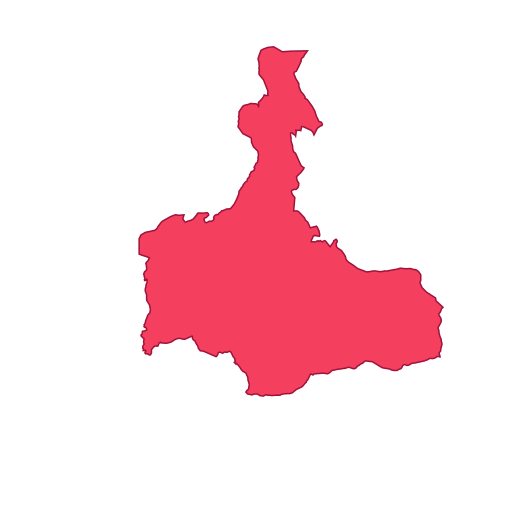 outline of Albac, Alba, Romania, rotated 61°
{"feature_id": "2599482B24206442274336", "entity_name": "Albac", "entity_type": "district", "adm_level": 2, "iso_a3": "ROU", "parent_name": "Romania", "parent_adm1": "Alba", "projection": "mercator", "projection_center": [22.961, 46.463], "detail": "fine", "context": "isolated", "style": "filled", "palette": "rose", "viewbox_px": 512, "rotation_deg": 61, "n_neighbors": 0, "source": "geoboundaries", "source_scale": "gbopen_adm2", "svg_char_len": 6156}
<svg xmlns="http://www.w3.org/2000/svg" viewBox="0 0 512 512"><g transform="rotate(61 256 256)"><path d="M370.1,330.8L372.4,330.4L375.1,327.4L375.6,326.6L375.8,324.7L377.4,321.7L380.1,320.2L382.0,317.6L382.3,314.2L383.4,313.5L384.0,312.2L385.8,309.7L387.3,306.3L389.4,302.6L389.4,300.7L390.4,297.6L391.3,296.1L391.7,294.8L392.5,293.8L393.3,290.6L392.3,285.4L392.7,279.4L392.4,278.0L391.0,274.5L390.8,273.3L389.9,272.5L389.3,270.6L385.8,265.8L385.9,265.1L387.5,264.1L387.7,263.8L387.3,262.3L391.1,253.9L393.6,250.7L393.8,249.6L393.7,247.9L393.0,245.2L394.7,239.4L396.0,236.3L397.0,233.4L397.5,232.5L397.8,230.2L398.7,228.2L401.2,226.1L402.2,224.8L402.5,223.3L401.4,220.0L401.7,219.1L401.1,216.4L401.4,215.9L401.5,214.8L400.8,212.1L400.9,211.0L404.9,205.5L414.7,199.9L415.7,198.9L419.6,193.9L421.2,192.9L423.1,190.7L424.6,187.9L424.3,186.6L424.8,184.0L424.5,183.0L423.0,180.8L422.8,179.5L423.0,178.6L424.8,177.1L425.2,176.3L425.5,175.1L425.5,171.3L426.6,169.0L429.2,160.2L429.5,159.1L429.5,157.9L429.9,156.8L429.8,154.2L430.0,153.3L431.4,151.2L431.8,149.8L432.0,148.3L431.6,146.5L432.3,145.3L433.5,144.0L433.0,143.7L430.2,143.1L429.4,142.6L428.7,140.8L428.1,140.1L427.1,139.7L423.6,136.3L421.8,135.5L420.5,135.3L418.8,134.5L416.1,134.2L412.5,133.4L409.3,132.0L407.1,131.8L403.9,126.7L402.4,125.2L400.1,124.5L396.1,124.6L395.3,124.2L394.3,121.8L392.3,119.6L391.5,117.3L382.4,120.3L379.8,119.3L370.3,124.4L364.2,126.1L358.9,125.6L357.2,123.7L352.3,121.0L348.3,121.4L345.6,122.7L344.0,124.9L341.9,126.9L339.8,131.1L336.6,135.7L336.0,138.6L332.4,149.3L331.3,150.9L330.8,153.0L329.6,155.5L326.9,158.9L325.5,161.6L324.9,164.0L323.5,167.0L316.4,173.1L311.0,175.5L306.2,178.1L304.1,178.7L302.2,178.8L300.0,178.1L297.3,178.1L292.8,178.6L288.2,180.9L286.6,181.0L283.8,179.8L283.2,178.3L282.3,177.8L281.6,177.5L280.1,177.9L280.4,180.7L281.3,181.4L283.8,186.7L276.5,188.0L275.7,188.8L275.6,191.4L273.7,192.3L273.7,194.1L272.8,194.3L272.4,195.5L272.6,196.6L272.4,197.4L270.3,200.7L268.7,199.6L267.9,198.1L266.5,196.6L266.5,195.2L266.3,195.0L269.5,191.0L268.3,189.9L264.5,188.7L260.3,188.4L259.2,188.7L257.6,194.9L251.7,194.3L248.7,195.3L246.0,195.1L238.9,196.9L236.8,197.8L234.8,201.2L223.7,193.7L220.1,194.3L218.9,194.3L216.7,193.8L216.0,192.6L216.2,191.4L216.1,190.3L216.9,189.4L217.2,188.5L216.5,186.0L214.6,184.2L213.2,183.3L209.7,183.4L206.3,182.1L204.7,176.2L203.0,172.3L202.2,171.2L199.6,172.5L197.8,172.7L185.3,171.6L183.3,172.5L180.9,172.2L177.3,170.6L172.1,169.5L169.6,168.0L167.1,167.2L165.4,166.3L165.1,165.8L165.8,164.7L167.1,164.5L169.3,163.2L170.3,163.2L167.0,160.7L165.4,160.2L165.9,159.7L167.0,157.1L168.1,156.1L164.9,153.3L166.1,151.8L172.9,146.8L175.3,146.2L178.2,146.6L174.0,140.3L173.5,136.3L173.9,135.3L173.2,134.2L170.8,133.9L168.9,135.7L163.0,135.4L157.5,134.3L152.4,134.3L144.1,135.3L141.8,136.7L140.8,136.0L138.1,136.1L133.8,137.0L129.2,136.4L127.6,135.9L126.1,135.0L119.6,135.2L117.9,134.8L115.6,134.7L113.8,133.6L113.9,131.1L111.2,127.1L107.4,121.9L106.2,121.5L105.1,119.7L104.9,117.9L103.8,116.4L101.5,111.5L93.6,126.5L90.1,134.0L81.6,139.1L79.3,144.5L78.6,148.7L78.5,151.9L81.8,155.8L84.6,158.7L87.9,159.5L91.1,160.9L93.7,162.7L95.3,163.1L96.2,164.1L98.8,165.3L105.5,164.0L117.5,165.6L119.7,167.0L121.4,167.6L120.6,169.3L119.1,170.7L120.4,172.3L121.9,175.7L122.2,177.2L122.6,177.6L122.6,178.6L123.0,179.5L124.8,180.2L126.2,181.2L123.9,181.4L122.7,182.4L121.0,185.4L120.2,186.1L119.5,190.0L118.5,193.3L118.7,195.1L121.7,201.0L123.8,202.1L126.2,204.0L127.6,204.0L129.8,206.4L131.2,206.6L134.3,209.1L142.7,208.1L150.0,203.2L151.2,203.2L154.4,204.8L159.4,205.3L165.1,203.6L168.8,204.8L171.1,206.8L172.3,207.1L174.9,209.5L175.0,211.1L176.7,213.3L177.1,214.1L177.6,214.7L178.8,214.6L179.1,215.3L179.9,215.8L180.3,217.8L180.0,219.2L182.0,222.4L183.2,222.9L184.5,226.3L186.0,227.3L186.2,229.6L187.4,232.5L188.9,234.3L189.1,235.7L190.0,236.8L191.0,239.3L193.5,241.1L197.1,245.6L200.0,249.8L201.7,253.9L202.2,255.7L200.6,259.0L200.5,261.4L200.3,261.9L200.4,262.4L199.8,264.1L200.5,265.7L200.5,266.8L201.3,269.6L200.6,270.4L200.5,271.7L200.8,273.1L201.7,274.3L203.2,274.8L204.1,276.2L204.0,278.3L203.0,279.6L202.9,282.8L202.4,283.7L201.4,284.3L198.6,283.6L198.0,283.0L198.2,280.8L197.3,277.6L196.5,277.2L195.3,277.3L194.3,277.9L193.1,281.1L190.4,285.6L190.4,286.7L191.0,287.3L193.2,292.8L193.2,295.7L192.3,299.5L192.4,301.1L192.0,301.6L188.1,302.1L185.1,299.0L183.0,303.7L181.0,306.3L180.6,307.8L180.1,312.1L180.2,321.3L181.0,323.6L182.9,327.8L183.9,329.1L184.5,332.4L183.8,333.9L183.2,336.6L181.7,341.2L181.8,345.8L182.0,346.8L184.3,349.9L197.7,357.3L200.1,355.3L204.2,351.4L206.0,350.2L208.0,353.2L208.3,354.7L209.1,356.0L210.3,356.2L213.6,357.5L214.8,358.3L215.5,359.4L215.8,361.2L217.6,363.2L218.3,363.0L219.7,363.7L221.7,364.0L222.4,364.3L222.6,365.1L223.4,365.3L223.7,365.1L223.8,364.2L223.4,362.9L223.7,362.7L226.2,364.0L227.9,366.2L229.0,366.8L231.2,368.9L233.1,369.9L236.7,370.4L241.7,373.1L247.2,372.9L251.6,374.3L254.4,376.6L254.5,377.5L255.3,379.3L259.2,384.0L261.1,385.6L262.0,387.3L263.1,387.4L263.5,388.2L264.4,387.9L265.0,387.2L265.8,387.0L267.2,387.1L267.6,387.4L267.7,389.2L266.8,391.8L268.9,393.4L269.4,394.3L269.4,395.0L270.7,395.2L274.2,394.1L276.4,395.8L277.7,396.4L278.8,396.5L279.9,398.6L282.0,399.8L282.9,399.5L284.0,400.5L284.9,398.4L285.4,398.2L285.7,398.4L285.9,399.1L287.0,400.2L288.2,399.8L288.4,398.8L290.9,397.2L291.3,396.3L290.0,394.3L287.0,392.7L286.9,392.0L286.1,390.2L285.7,387.9L286.0,387.3L286.8,386.5L287.2,385.4L285.2,383.0L285.1,382.1L285.2,381.3L285.8,381.4L288.7,377.0L289.5,374.8L290.1,372.1L289.8,366.7L290.5,363.6L291.7,361.8L293.3,360.3L294.3,358.6L295.0,350.8L295.7,350.8L297.6,351.6L299.4,351.3L301.0,350.5L302.5,350.8L307.2,350.6L308.6,351.2L312.0,350.7L312.7,349.3L314.9,347.2L324.7,339.7L324.6,339.1L323.7,337.3L322.4,336.0L322.3,335.0L322.7,334.1L324.9,332.3L324.7,330.2L326.2,328.0L326.3,326.6L326.8,325.0L328.1,324.5L332.8,324.8L335.8,324.3L336.6,325.0L338.1,325.0L338.5,326.6L340.9,325.9L340.5,325.4L341.7,324.7L345.4,324.1L348.0,324.0L350.5,323.4L353.4,321.6L358.0,322.0L361.1,323.3L365.0,324.1L368.8,327.1L369.2,329.1L370.1,330.8Z" fill="#f43f5e" stroke="#9f1239" stroke-width="1.5"/></g></svg>